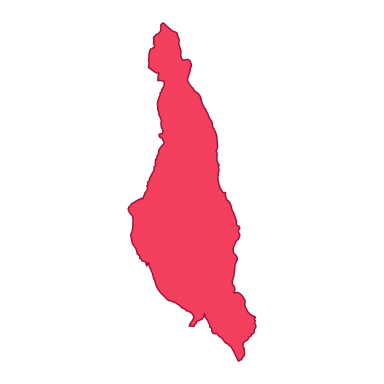 outline of Providencia, Nariño, Colombia
{"feature_id": "7082276B88389252568355", "entity_name": "Providencia", "entity_type": "district", "adm_level": 2, "iso_a3": "COL", "parent_name": "Colombia", "parent_adm1": "Nariño", "projection": "albers", "projection_center": [-77.599, 1.239], "detail": "fine", "context": "isolated", "style": "filled", "palette": "rose", "viewbox_px": 384, "rotation_deg": 0, "n_neighbors": 0, "source": "geoboundaries", "source_scale": "gbopen_adm2", "svg_char_len": 6019}
<svg xmlns="http://www.w3.org/2000/svg" viewBox="0 0 384 384"><path d="M253.8,316.4L249.9,314.1L248.3,312.5L245.6,307.6L245.1,306.3L244.8,304.5L245.0,301.4L245.0,300.8L244.2,298.9L241.9,295.5L239.9,293.6L237.8,292.5L236.7,292.4L235.0,293.0L234.5,292.9L233.9,292.6L234.7,290.6L234.8,289.6L234.7,288.2L234.3,286.8L234.0,286.2L232.8,284.8L232.5,284.3L232.3,283.0L232.3,282.1L232.5,280.4L233.5,277.1L234.0,274.9L234.9,267.5L234.7,265.8L235.5,263.5L236.9,260.5L237.3,258.8L237.2,257.6L236.8,256.5L234.2,253.7L233.6,252.7L233.2,251.5L233.1,249.1L233.6,247.0L235.3,242.9L236.6,240.7L237.8,239.7L238.3,239.2L239.8,235.8L239.8,235.0L239.6,234.2L238.6,232.5L238.4,231.7L238.5,230.5L238.9,229.7L239.5,228.8L239.7,227.6L239.6,227.2L239.2,226.4L238.6,226.1L237.8,226.0L237.4,225.8L237.1,225.5L236.4,224.4L236.3,223.7L236.6,221.9L236.6,221.0L235.2,217.8L234.6,215.5L233.5,212.8L232.0,209.9L230.8,204.9L230.2,203.5L229.0,201.6L228.2,200.8L227.2,200.4L227.1,199.7L226.4,199.0L226.2,198.6L225.9,197.7L225.3,194.7L225.5,193.2L225.5,192.8L224.7,192.4L223.2,192.6L222.8,192.5L221.1,189.5L220.1,188.1L219.7,186.5L219.0,184.7L218.0,179.8L217.8,177.0L218.4,175.0L218.4,172.6L218.8,171.5L219.0,170.6L218.9,169.5L218.5,167.9L218.5,166.9L218.6,166.0L219.2,164.9L218.3,164.0L217.0,160.7L216.8,159.6L216.8,157.5L217.3,154.2L217.1,153.2L216.2,151.9L216.2,151.1L216.3,150.5L217.2,148.6L217.5,147.5L217.6,146.7L217.5,144.8L216.8,137.3L216.6,135.7L215.9,133.2L214.9,130.8L212.9,127.2L212.6,126.2L212.1,122.8L211.8,121.8L211.4,121.0L209.5,118.4L208.2,114.8L205.9,110.0L205.4,109.1L204.2,107.7L203.8,106.6L202.8,104.7L201.3,100.6L200.8,97.7L200.2,96.2L199.5,95.2L197.7,93.2L194.4,90.7L192.9,88.2L191.5,86.8L190.4,85.5L188.9,83.2L187.8,81.1L187.5,79.8L187.7,78.2L189.6,72.8L190.0,71.0L190.2,68.4L190.5,67.8L191.2,66.7L191.3,66.2L191.4,65.3L191.2,64.0L190.3,61.4L189.8,60.8L188.4,59.6L187.5,59.4L185.6,59.7L184.5,60.1L183.5,60.2L182.5,59.6L181.7,58.6L181.3,57.5L180.6,54.7L181.0,52.5L180.9,50.8L178.8,44.2L178.8,43.1L178.9,42.6L179.2,41.0L179.1,39.7L179.0,39.0L177.7,36.1L177.3,33.9L176.8,32.9L175.9,32.2L174.5,31.8L171.8,30.5L166.0,25.6L164.6,24.0L163.5,23.0L161.8,23.7L160.8,25.3L160.7,25.6L161.0,25.8L160.8,29.5L160.5,30.9L160.0,31.9L159.1,32.8L158.1,33.7L155.6,35.0L155.2,35.5L155.0,36.1L153.7,37.1L153.5,38.3L154.0,40.1L153.6,42.2L153.8,42.2L153.7,42.7L153.5,42.8L153.5,43.2L153.7,44.0L154.2,44.6L154.2,45.2L154.6,45.9L154.6,46.4L154.2,47.0L154.1,47.5L153.9,47.7L152.9,47.9L151.9,48.8L150.9,48.9L150.1,49.9L149.8,50.7L149.5,52.6L149.1,53.5L149.0,54.4L149.0,57.1L148.7,60.4L149.0,63.2L149.0,64.3L148.5,67.6L149.2,68.0L153.9,71.4L156.1,72.7L156.9,73.0L158.8,73.0L158.4,74.5L158.0,77.2L157.8,80.5L159.8,80.4L160.8,80.5L163.7,81.3L164.1,81.5L164.3,83.5L164.2,85.1L163.3,87.3L161.7,89.7L161.4,91.8L161.1,92.3L160.3,92.6L160.2,92.8L160.1,93.2L160.2,94.3L160.1,95.2L158.7,98.0L158.3,100.0L157.9,100.7L157.6,101.6L157.4,103.4L157.7,106.9L157.7,109.4L158.2,110.8L159.0,112.2L159.0,112.6L158.7,113.9L158.8,114.7L160.1,116.9L161.3,120.3L161.4,121.3L160.9,122.5L160.9,123.1L161.1,124.2L161.2,126.6L161.5,127.4L162.7,129.8L162.9,130.7L162.7,132.6L162.4,133.3L161.9,133.7L160.3,133.8L159.6,134.1L159.0,134.9L159.0,135.5L159.7,136.9L160.0,137.3L160.7,137.7L161.9,138.1L162.6,138.8L162.7,139.7L163.1,140.5L163.6,141.2L164.0,142.2L164.1,142.9L163.8,143.7L163.2,144.4L160.6,147.3L158.8,150.2L158.7,152.0L158.1,154.6L157.9,154.9L157.3,155.4L157.0,156.1L157.0,158.4L156.8,158.7L155.6,159.2L155.4,159.8L155.5,161.6L155.2,163.0L155.5,164.0L155.5,165.1L154.1,167.2L154.1,168.8L153.9,170.3L152.6,172.9L151.8,174.0L151.4,175.1L150.0,177.7L148.7,181.5L148.1,181.8L147.6,182.4L147.8,184.6L147.0,185.8L147.0,186.3L147.3,187.7L147.4,188.9L147.0,190.1L146.9,190.6L145.2,192.5L144.6,193.8L144.6,194.5L144.0,195.5L143.5,196.9L143.2,197.4L142.7,198.7L142.7,198.8L142.4,198.8L141.5,198.4L140.8,198.5L139.8,199.3L138.7,199.6L136.7,200.7L135.2,201.6L134.6,202.2L133.2,203.0L132.3,203.4L131.4,203.7L130.6,205.7L130.2,206.2L128.9,206.8L128.8,207.5L128.4,208.3L128.2,209.0L128.4,210.0L129.3,212.0L130.0,213.2L131.9,215.3L132.5,216.3L133.1,219.7L133.1,221.4L132.9,222.9L132.8,226.8L132.4,230.5L132.0,231.8L131.2,233.3L130.7,235.1L131.9,240.6L132.2,242.7L132.9,244.5L135.1,247.4L135.8,248.6L136.5,250.4L137.4,253.9L138.0,254.5L138.8,255.0L139.5,255.9L139.9,257.6L139.8,258.3L141.0,258.7L142.0,260.7L142.3,261.0L142.6,261.1L144.1,261.3L144.5,261.5L145.7,262.4L146.0,263.2L146.1,264.1L146.4,264.5L146.9,266.3L147.5,263.5L148.4,262.6L149.3,266.4L152.7,274.1L153.2,276.8L153.5,277.9L155.0,281.2L155.9,284.6L156.4,286.0L157.6,288.6L160.4,292.5L168.4,300.5L170.1,300.6L175.0,302.5L179.9,305.6L182.3,308.0L184.0,308.6L184.9,309.1L186.3,310.7L188.2,311.2L190.3,312.2L191.2,312.7L192.1,313.6L193.6,316.0L193.7,316.5L193.6,317.8L193.3,318.9L192.3,320.8L190.4,323.3L189.7,324.6L189.4,325.2L189.4,326.0L193.9,326.4L194.9,324.3L196.2,323.0L196.8,321.6L197.2,321.3L201.8,319.3L202.3,318.8L203.8,316.7L203.8,315.2L204.2,314.4L204.5,314.1L205.1,315.7L205.2,317.0L205.3,317.4L206.3,318.8L207.4,319.6L207.7,321.0L208.2,321.7L208.7,323.0L209.5,324.1L209.7,324.6L209.7,326.3L209.9,327.0L211.3,328.0L211.6,328.4L211.8,329.5L211.9,331.7L212.5,332.6L213.0,333.2L214.5,333.8L215.4,333.7L215.8,333.2L216.5,333.5L217.1,334.0L217.6,334.7L218.5,335.4L219.3,336.4L220.1,337.0L220.5,337.1L221.3,337.4L224.7,341.9L226.1,343.2L227.6,343.7L227.9,344.0L229.1,345.5L230.0,345.8L230.8,346.5L232.1,348.2L232.3,349.3L233.7,351.2L234.2,352.3L234.3,352.8L238.3,361.0L239.2,360.8L240.2,360.0L241.2,359.8L241.7,359.4L242.3,357.7L243.0,357.1L244.1,355.7L244.5,354.7L244.6,354.1L244.5,351.3L244.0,350.1L244.3,348.9L243.3,347.1L242.8,345.6L243.0,344.2L243.6,342.7L243.9,342.3L244.4,341.9L247.9,339.5L248.7,337.6L249.0,337.2L250.9,336.1L251.5,334.5L251.7,334.2L253.6,333.4L254.2,332.0L254.2,329.8L254.3,329.5L255.8,327.3L255.8,325.3L255.6,324.9L255.1,324.1L254.6,322.9L255.2,321.0L255.1,320.3L254.3,319.5L254.1,319.1L254.3,318.7L255.3,317.8L255.3,317.2L254.8,316.7L253.8,316.4Z" fill="#f43f5e" stroke="#9f1239" stroke-width="1.5"/></svg>